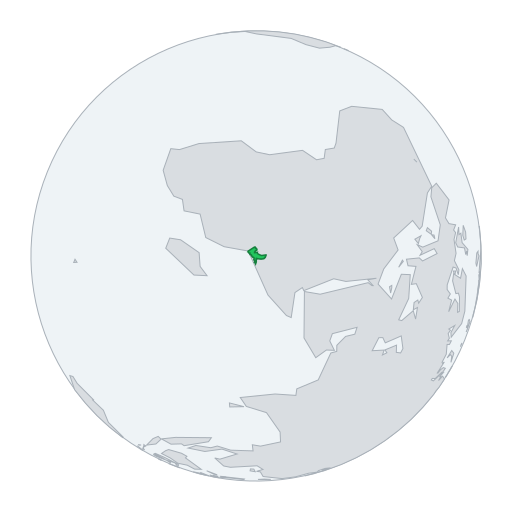 globe centered on Coast, rotated 112°
{"feature_id": "KEN-1193", "entity_name": "Coast", "entity_type": "Province", "adm_level": 1, "iso_a3": "KEN", "parent_name": "Kenya", "parent_adm1": "", "projection": "orthographic", "projection_center": [39.627, -2.351], "detail": "fine", "context": "on_globe", "style": "filled", "palette": "green", "viewbox_px": 512, "rotation_deg": 112, "n_neighbors": 0, "source": "natural_earth", "source_scale": "10m", "svg_char_len": 9037}
<svg xmlns="http://www.w3.org/2000/svg" viewBox="0 0 512 512"><g transform="rotate(112 256 256)"><circle cx="256" cy="256" r="225" fill="#eef3f6" stroke="#a8b0b8"/><path d="M30.9,247.0L30.8,249.1L30.8,252.1L30.9,247.0ZM30.7,255.4L30.8,256.6L30.9,260.6L34.7,265.6L39.5,275.0L41.3,288.8L41.1,305.0L49.9,338.7L51.9,350.3L58.4,363.8L65.5,376.3L57.5,362.5L50.5,348.2L44.5,333.5L39.5,318.3L35.6,302.9L32.9,287.2L31.2,271.3L30.7,255.4ZM428.8,111.5L429.1,111.8L429.7,112.5L440.9,127.3L441.6,128.4L436.0,120.5L432.6,116.5L429.2,112.1L429.4,113.6L424.5,107.5L427.0,112.3L431.7,117.8L433.4,118.2L437.7,125.8L446.0,136.7L452.6,148.4L457.8,166.8L454.5,171.1L455.5,174.9L451.3,169.6L450.1,176.4L461.5,200.6L462.8,207.3L458.7,218.6L457.9,213.4L446.7,199.4L447.8,215.2L456.4,230.2L459.5,247.0L454.2,240.8L450.7,226.1L446.7,220.7L445.5,206.7L437.8,185.7L432.4,188.7L430.6,180.6L419.2,163.6L410.2,167.7L397.3,187.6L399.1,208.6L393.1,217.6L376.8,186.6L370.3,166.8L363.9,168.4L347.6,151.9L317.9,150.3L314.2,145.4L308.5,147.6L297.0,142.8L291.5,135.1L284.3,135.6L299.4,156.1L307.1,155.8L314.1,148.0L316.8,155.5L327.9,162.5L314.0,180.8L270.8,197.8L267.4,182.2L238.7,142.0L240.0,137.6L239.9,137.1L239.6,136.3L236.2,143.4L231.5,136.0L245.9,163.1L248.0,175.4L270.2,198.7L267.9,201.2L275.3,206.2L299.9,200.3L299.8,205.5L287.7,230.3L254.3,265.1L259.3,289.0L257.7,309.5L238.1,323.5L241.1,339.6L231.1,345.4L231.3,354.6L223.9,364.6L211.3,374.2L188.4,375.2L186.0,366.8L173.1,351.0L154.7,312.8L159.4,294.8L157.0,281.3L140.6,252.4L144.1,235.9L139.9,229.4L131.3,231.6L126.6,223.9L121.4,224.1L90.1,232.7L81.4,223.4L72.8,193.9L79.0,181.1L81.5,167.4L125.5,119.2L133.3,120.7L166.1,113.1L170.0,114.4L164.4,124.1L187.7,135.1L197.2,126.5L220.1,132.7L236.3,132.3L245.1,114.2L218.5,114.4L215.5,106.0L238.2,98.5L261.7,99.8L261.3,96.7L247.8,89.7L254.7,84.4L243.3,87.0L246.9,90.0L239.9,92.0L236.2,89.5L238.8,87.5L232.1,86.2L221.6,97.0L224.1,101.3L205.7,103.8L208.1,111.4L202.6,115.3L196.6,103.9L198.2,99.7L185.9,89.0L182.4,93.5L193.9,104.2L189.7,103.5L185.1,110.8L185.3,104.7L173.7,92.9L158.1,96.8L135.6,116.0L127.0,118.6L121.0,116.1L131.7,98.0L149.7,94.6L153.7,89.2L152.3,82.6L157.9,82.5L159.5,79.7L166.5,78.6L178.6,71.5L186.0,70.3L192.8,62.7L197.6,61.4L192.2,66.0L192.4,69.1L211.2,67.9L215.5,66.2L218.4,61.6L223.2,62.3L223.6,58.1L235.5,56.5L221.4,55.4L224.4,51.1L232.7,48.0L231.2,46.7L217.7,52.0L214.6,54.4L216.0,56.6L205.4,64.4L198.5,66.1L200.0,58.0L190.4,59.9L195.8,53.7L228.9,41.7L241.6,40.0L258.2,44.6L254.0,46.6L246.0,45.7L251.5,49.9L252.0,47.9L255.9,48.8L259.9,45.9L262.9,46.5L261.5,43.1L265.6,43.5L266.4,45.7L275.8,42.8L284.9,43.7L285.6,42.9L283.7,41.7L296.6,44.1L296.5,43.5L292.3,42.3L289.3,40.5L289.2,38.4L293.6,39.3L294.3,40.2L302.4,43.9L303.5,46.7L305.3,47.0L305.4,44.8L295.5,40.2L294.2,38.7L299.5,40.6L297.5,39.8L298.2,39.4L303.1,40.1L297.5,38.0L299.4,35.2L309.1,37.1L313.6,38.6L317.8,39.4L333.7,44.6L349.3,50.9L364.3,58.5L378.7,67.1L392.5,76.8L405.4,87.4L417.6,99.0L428.8,111.5ZM108.7,142.0L107.0,146.0L108.7,142.0ZM285.7,111.5L300.3,112.8L295.2,101.9L300.4,101.7L296.7,98.4L294.7,101.2L286.0,92.3L292.8,89.8L291.7,85.6L286.8,85.1L275.7,91.4L288.1,103.6L284.2,107.8L285.7,111.5ZM161.5,67.7L163.2,68.9L159.4,72.0L149.9,75.4L155.3,70.6L161.5,67.7ZM166.4,69.9L170.5,62.0L176.6,60.3L172.5,62.5L176.1,62.1L170.4,65.7L172.1,72.4L168.9,75.8L153.2,79.0L160.1,75.8L158.1,74.6L166.4,69.9ZM170.5,51.1L172.4,49.3L183.1,47.5L180.1,49.5L170.5,52.4L168.4,51.9L170.5,51.1ZM231.7,32.0L231.2,32.1L227.0,32.6L229.2,32.6L222.8,33.4L223.5,33.4L218.2,34.3L212.9,35.6L210.3,36.0L209.4,36.4L205.9,37.2L203.7,38.0L198.2,39.2L195.2,40.4L194.3,40.3L190.5,42.1L190.9,41.4L186.4,42.9L188.4,42.8L164.0,50.5L153.5,55.5L144.5,60.3L145.6,59.6L161.8,51.4L178.6,44.4L196.0,38.9L213.7,34.7L231.7,32.0ZM175.4,110.6L178.5,110.8L183.7,110.1L180.9,115.0L175.4,110.6ZM167.2,102.5L170.2,101.7L168.8,107.6L165.5,107.7L167.2,102.5ZM173.0,96.6L170.5,101.2L169.9,98.8L173.0,96.6ZM195.1,65.3L198.5,64.6L198.4,65.6L196.0,67.3L195.1,65.3ZM236.3,34.9L234.5,34.5L235.8,34.3L236.3,33.1L241.0,32.8L242.6,33.4L236.3,34.9ZM239.9,117.3L234.5,120.7L232.4,119.1L234.6,118.2L239.9,117.3ZM205.8,117.4L213.0,119.5L205.0,118.7L205.8,117.4ZM241.6,34.4L241.2,33.8L243.8,34.1L241.6,34.4ZM244.5,32.6L247.8,32.7L241.6,32.7L244.5,32.6ZM328.9,419.6L330.3,422.6L326.8,422.6L328.9,419.6ZM296.9,306.4L282.6,342.6L271.7,342.7L269.2,332.0L274.2,310.0L286.6,303.9L292.6,294.0L296.9,306.4ZM474.3,291.7L475.2,293.6L475.0,294.6L474.3,291.7ZM473.5,287.1L475.0,288.4L472.9,289.3L473.5,287.1ZM475.4,288.9L476.9,287.9L477.5,286.6L477.1,288.8L475.4,288.9ZM472.3,286.6L463.9,283.1L459.9,279.1L461.4,275.4L467.8,278.4L472.3,286.6ZM461.0,275.2L454.3,262.6L441.2,229.3L446.0,230.5L458.8,251.6L458.1,254.7L462.3,264.3L461.0,275.2ZM475.4,259.8L474.5,269.6L470.4,266.9L468.2,264.5L466.8,251.1L467.6,245.0L469.6,245.8L474.3,226.9L476.6,233.1L475.7,241.3L477.4,250.8L475.4,259.8ZM400.2,210.7L405.8,223.8L402.2,225.6L400.2,210.7ZM474.1,213.2L473.6,221.3L473.4,210.0L474.1,213.2ZM472.7,202.4L473.8,207.1L472.2,202.1L472.7,202.4ZM457.4,181.0L455.5,181.4L454.4,178.2L456.3,175.9L457.4,181.0ZM457.6,158.6L461.4,167.6L462.4,170.5L459.7,164.6L457.6,158.6ZM281.6,35.4L275.7,36.9L274.6,38.8L278.9,40.6L270.3,39.1L272.0,36.2L281.6,35.4ZM296.7,34.9L292.9,34.0L296.2,34.5L297.5,34.8L296.7,34.9ZM293.3,34.3L285.6,33.1L284.5,32.7L290.8,33.7L293.3,34.3ZM263.5,32.4L261.4,32.7L259.4,32.4L263.5,32.4ZM447.9,374.1L436.6,383.8L436.3,380.6L441.1,374.1L450.2,352.8L450.7,353.5L456.2,339.7L465.6,330.5L473.9,310.7L473.6,314.1L474.4,311.1L469.6,327.6L463.6,343.6L456.3,359.1L447.9,374.1ZM476.4,295.0L478.4,288.4L478.7,288.5L476.4,295.0ZM480.7,267.9L480.5,270.4L480.5,267.9L480.7,267.9ZM480.8,270.5L480.8,269.0L480.9,266.9L480.9,269.6L480.8,270.5ZM478.2,253.6L478.6,260.1L479.9,257.4L478.9,262.2L479.1,273.3L478.5,277.0L478.5,264.9L477.4,276.2L476.7,275.5L477.0,265.3L478.0,253.8L478.6,249.5L480.6,249.7L478.2,253.6ZM481.2,259.3L481.1,251.7L481.0,247.2L481.2,251.4L481.2,259.3ZM479.6,233.4L477.9,224.4L477.5,226.6L477.4,217.2L479.2,227.3L479.6,233.4ZM476.6,214.9L476.3,216.9L475.9,211.3L476.6,214.9ZM475.6,214.0L474.4,208.4L475.3,209.8L475.6,214.0ZM477.0,215.6L475.3,206.5L476.6,212.3L477.0,215.6ZM471.3,196.0L474.9,206.3L472.0,200.7L467.1,183.2L467.9,183.5L471.3,196.0Z" fill="#d9dde1" stroke="#a8b0b8" stroke-width="1"/><path d="M263.5,253.4L263.2,253.7L263.1,254.0L262.7,254.3L262.6,254.5L262.4,254.4L262.4,254.5L262.3,254.4L262.2,254.4L262.2,254.5L261.8,254.5L261.7,254.7L261.5,254.8L261.4,254.8L261.4,254.7L261.3,254.4L261.4,254.2L261.3,254.3L261.3,254.8L261.2,254.9L261.0,254.6L260.9,254.5L261.0,254.7L261.0,254.8L260.9,254.8L261.0,254.9L261.0,255.2L261.0,255.4L261.1,255.5L261.3,255.5L261.2,255.8L261.2,255.7L260.9,255.5L260.7,255.7L260.6,255.8L260.5,255.7L260.5,255.8L260.6,256.0L260.6,256.3L260.4,256.4L260.3,256.5L260.0,256.7L259.9,256.8L259.6,256.7L259.4,256.7L259.0,256.8L258.8,256.9L258.7,257.0L258.4,257.2L258.4,257.3L258.3,257.5L258.2,257.6L258.2,257.8L258.1,258.2L258.1,258.3L258.2,258.5L258.3,258.5L258.4,258.4L258.4,258.5L258.2,258.7L258.1,258.8L258.1,259.0L257.9,259.3L258.0,259.5L257.9,259.6L257.6,259.8L257.5,260.0L257.4,260.0L257.4,259.8L257.3,260.0L257.2,260.4L257.1,260.6L257.0,260.8L256.9,261.0L256.8,260.9L256.7,260.9L256.7,261.0L256.9,261.0L256.9,261.3L256.6,262.2L256.5,262.3L256.4,262.3L256.3,262.2L256.2,262.1L256.3,262.3L256.5,262.4L256.4,262.5L256.2,262.7L256.1,262.4L255.9,262.4L256.1,262.5L255.9,262.6L255.7,262.6L255.8,262.8L255.8,262.7L256.0,262.7L256.1,262.8L256.0,263.3L255.8,263.6L255.7,264.1L255.5,264.3L255.4,264.4L255.3,264.8L255.3,264.7L255.2,264.6L255.1,264.8L255.1,265.0L254.8,264.9L254.7,264.8L254.4,265.1L248.7,261.1L248.6,260.7L248.4,260.6L248.2,260.6L248.1,260.4L248.0,260.2L248.3,260.0L248.3,259.9L248.4,259.3L248.8,259.2L249.0,259.2L249.0,258.6L249.3,257.7L249.5,257.7L250.0,257.5L250.1,257.4L250.3,257.5L250.6,257.7L250.9,258.0L251.0,258.2L251.0,258.3L251.4,258.5L251.5,258.4L251.9,258.5L252.0,258.6L252.4,258.7L252.5,258.7L252.7,258.8L252.8,258.8L253.0,258.8L253.1,258.7L253.3,258.7L253.5,258.6L252.1,256.2L252.3,256.2L252.5,256.0L252.7,255.9L253.5,254.5L253.5,254.4L253.4,253.6L253.5,253.4L253.5,251.3L253.5,251.2L253.0,250.2L251.2,247.1L251.3,247.0L251.6,247.0L251.8,246.9L252.1,246.9L252.3,246.9L252.4,247.0L252.5,247.0L253.3,247.1L253.5,247.0L253.5,246.9L253.8,246.9L253.8,247.0L254.1,247.3L254.4,247.3L254.5,247.3L254.8,247.3L255.0,247.4L255.1,247.5L255.3,247.5L255.5,247.7L255.5,247.9L255.8,248.0L256.0,248.7L256.1,248.8L256.3,249.0L256.5,249.1L256.6,249.3L256.7,249.5L256.8,249.7L256.7,249.7L256.7,249.8L256.8,249.9L256.8,250.0L256.9,250.4L256.9,250.5L257.0,250.6L257.2,251.0L257.3,251.3L257.4,251.5L257.5,251.7L257.5,252.0L257.6,252.3L257.6,252.6L257.8,253.0L257.9,253.4L258.0,253.5L257.9,253.5L257.9,253.8L257.9,254.0L258.0,254.0L258.0,254.3L258.1,254.6L258.1,254.8L258.3,254.8L261.4,253.5L263.5,253.4ZM261.6,254.8L261.8,254.8L262.0,254.9L262.0,255.0L261.9,255.1L261.7,255.1L261.4,255.2L261.3,255.3L261.2,255.3L261.2,255.2L261.3,255.1L261.5,254.9L261.6,254.8Z" fill="#22c55e" stroke="#15803d" stroke-width="1.5"/></g></svg>